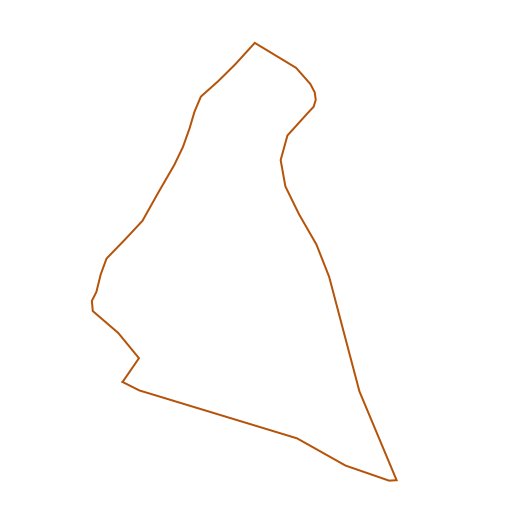 map outline of Ordubad (Albers equal-area conic projection), rotated 5°
{"feature_id": "AZE-2418", "entity_name": "Ordubad", "entity_type": "District", "adm_level": 1, "iso_a3": "AZE", "parent_name": "Azerbaijan", "parent_adm1": "", "projection": "albers", "projection_center": [45.885, 39.078], "detail": "fine", "context": "isolated", "style": "outline", "palette": "amber", "viewbox_px": 512, "rotation_deg": 5, "n_neighbors": 0, "source": "natural_earth", "source_scale": "10m", "svg_char_len": 634}
<svg xmlns="http://www.w3.org/2000/svg" viewBox="0 0 512 512"><g transform="rotate(5 256 256)"><path d="M236.2,43.8L279.6,65.1L295.2,80.0L300.2,87.8L301.9,95.2L300.4,102.3L295.2,108.9L276.8,133.2L272.2,158.3L279.2,184.1L295.3,210.8L315.2,239.3L330.7,270.4L370.8,381.8L415.6,467.1L408.1,468.2L363.5,457.0L312.8,434.1L151.5,400.1L133.9,393.1L134.0,393.0L134.2,392.9L148.3,368.0L125.5,344.7L98.2,325.1L96.4,315.0L100.1,305.8L102.9,287.9L107.3,271.6L123.8,251.3L139.8,230.9L153.1,201.4L166.7,172.3L173.7,153.8L178.7,134.6L182.2,117.4L187.2,102.0L203.2,85.0L218.5,67.0L236.2,43.8Z" fill="none" stroke="#b45309" stroke-width="2"/></g></svg>